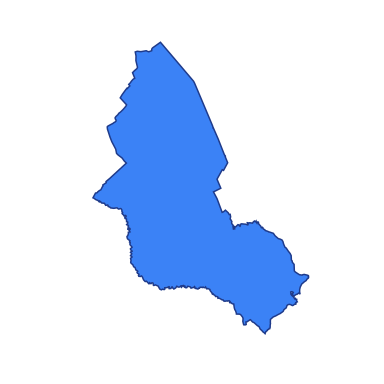 the district of Magura, Bacau, Romania, rotated 259°
{"feature_id": "2599482B10782205766979", "entity_name": "Magura", "entity_type": "district", "adm_level": 2, "iso_a3": "ROU", "parent_name": "Romania", "parent_adm1": "Bacau", "projection": "robinson", "projection_center": [26.814, 46.555], "detail": "fine", "context": "isolated", "style": "filled", "palette": "blue", "viewbox_px": 384, "rotation_deg": 259, "n_neighbors": 0, "source": "geoboundaries", "source_scale": "gbopen_adm2", "svg_char_len": 5991}
<svg xmlns="http://www.w3.org/2000/svg" viewBox="0 0 384 384"><g transform="rotate(259 192 192)"><path d="M85.3,289.8L86.3,290.3L86.6,289.9L87.7,290.3L88.2,289.7L89.7,286.4L89.7,285.0L89.4,284.3L90.3,281.7L93.7,278.2L95.0,277.4L101.5,278.4L103.9,277.1L105.1,277.2L106.3,276.6L110.7,277.2L112.9,276.6L115.6,275.2L119.0,273.8L120.1,272.7L123.4,272.0L126.1,271.8L127.7,271.2L128.9,269.6L129.8,267.8L133.3,265.1L135.9,264.0L137.9,260.5L138.3,259.5L138.8,259.1L140.2,256.6L141.2,256.2L141.7,255.4L142.5,254.8L143.3,254.8L143.9,254.4L143.6,253.6L143.8,253.3L145.3,253.0L147.9,251.4L149.7,251.4L150.0,251.1L150.1,250.3L149.1,249.8L150.6,249.2L151.3,249.3L150.8,248.5L150.9,248.2L151.6,247.7L150.8,246.3L149.9,245.5L150.8,242.7L150.7,241.8L151.2,240.9L151.3,240.5L149.7,240.8L149.2,240.8L149.1,240.4L149.2,239.9L149.7,239.5L150.1,238.7L151.3,234.6L151.1,233.4L149.6,233.0L149.2,232.6L149.7,232.1L150.7,231.8L151.2,230.9L149.4,228.1L149.4,227.6L150.2,226.8L150.0,226.7L147.7,226.9L147.7,225.6L150.8,225.7L151.5,226.0L153.4,225.0L154.3,225.0L155.3,225.5L155.8,225.4L156.4,225.0L157.2,224.9L158.2,224.3L160.4,225.2L162.8,225.2L162.8,224.2L164.7,223.6L167.8,221.3L166.6,219.2L166.3,217.7L180.7,215.3L188.0,213.1L190.2,221.0L199.8,219.0L208.0,225.9L207.9,226.1L208.0,226.2L207.2,227.1L213.9,232.6L220.4,231.3L220.7,231.6L221.1,231.6L221.6,231.2L222.9,230.8L239.1,227.8L251.2,225.1L251.1,224.9L253.1,224.8L267.0,221.9L298.3,215.3L300.4,214.7L345.0,189.6L341.2,181.2L340.6,180.3L339.8,179.7L338.4,179.4L337.9,176.4L338.5,175.2L339.4,174.0L339.5,168.6L340.6,165.1L340.3,163.0L336.2,163.0L331.6,162.0L324.8,162.3L323.6,161.4L322.1,158.7L320.5,156.4L314.6,157.5L313.9,155.7L312.3,153.6L310.9,152.2L309.7,150.4L308.0,151.2L305.9,148.2L306.3,148.0L305.0,146.4L300.9,142.0L298.1,139.5L290.0,144.4L288.7,143.3L286.2,140.2L284.1,137.0L283.2,135.1L282.1,134.1L280.6,131.7L279.6,130.7L278.5,130.6L277.1,131.2L276.2,131.0L275.3,129.7L275.1,128.8L274.4,127.4L273.2,123.4L272.6,121.7L272.1,121.2L269.9,121.0L261.5,122.0L256.6,122.9L248.6,125.3L244.3,125.3L242.6,126.4L238.8,129.8L235.2,131.5L232.9,133.1L220.9,113.6L218.7,109.6L217.5,109.6L215.9,105.8L215.0,105.8L214.4,105.2L211.5,102.9L211.0,101.0L210.5,100.5L210.3,99.7L209.5,98.9L209.3,98.1L209.4,97.1L205.2,93.7L204.9,94.2L202.8,96.2L201.6,98.1L200.4,98.8L200.9,99.5L200.7,99.7L199.8,99.7L199.8,100.5L198.5,101.1L197.6,103.9L195.4,104.7L195.3,106.8L194.8,107.0L193.8,106.9L192.8,108.5L191.9,109.1L190.9,112.1L190.8,115.3L189.5,116.4L189.2,116.9L189.4,118.8L189.1,119.2L187.8,119.7L186.0,119.5L185.2,120.0L184.8,119.9L184.4,119.3L183.7,119.5L182.4,120.5L181.6,120.6L181.3,121.0L181.7,122.1L181.6,122.4L181.1,122.7L180.4,122.6L179.9,122.1L179.8,121.3L179.5,121.1L178.7,121.3L178.1,122.5L175.3,122.1L175.0,123.0L174.7,123.2L173.3,122.8L172.5,121.6L172.2,121.8L171.7,122.8L171.1,123.2L170.7,123.2L170.5,122.8L168.5,122.4L168.0,121.9L167.6,121.9L167.1,122.8L168.5,123.3L168.5,123.7L168.0,124.1L167.4,124.2L167.0,123.9L166.4,122.9L164.7,123.5L164.6,121.8L163.4,121.7L161.4,120.6L160.8,119.7L159.4,119.6L158.3,119.8L155.9,121.8L154.8,121.1L154.1,121.7L153.7,121.7L153.1,121.2L152.5,121.1L151.6,121.3L149.9,122.4L149.2,122.6L148.0,120.7L146.9,120.8L145.9,121.7L145.3,121.9L145.1,120.9L144.5,120.1L142.9,121.1L142.2,120.6L141.4,119.5L141.1,119.5L140.2,120.6L139.6,120.7L138.6,119.0L136.6,119.1L134.6,118.4L133.5,118.7L132.0,120.0L129.7,120.5L128.8,121.7L126.2,122.0L125.2,123.3L124.6,123.6L124.3,123.6L123.9,122.8L123.5,122.7L122.6,123.0L121.6,124.2L121.2,124.2L120.3,123.5L119.4,123.7L118.9,125.3L119.3,126.2L119.2,126.5L117.9,127.1L115.0,127.7L113.1,128.9L113.0,129.3L113.1,130.3L110.1,132.2L110.2,132.7L111.0,133.1L109.8,134.2L110.5,135.3L110.2,136.2L109.8,136.4L107.9,136.3L107.5,136.7L107.8,138.3L106.1,140.8L102.9,141.8L101.8,143.2L102.2,144.6L101.5,146.0L102.0,146.9L103.2,147.0L102.9,149.4L103.5,151.3L103.3,151.6L103.0,151.6L102.1,151.0L101.5,151.1L101.3,152.8L102.7,154.3L102.6,154.5L101.5,154.7L100.7,155.5L100.2,155.7L100.9,157.6L102.4,159.2L101.5,160.0L101.1,161.1L101.2,162.0L102.0,163.1L101.9,163.9L101.5,163.9L100.8,163.4L100.5,163.5L101.9,165.2L101.9,165.9L101.2,166.2L100.9,165.8L100.7,165.9L100.6,166.4L101.1,166.9L101.0,167.1L100.6,167.2L99.8,166.8L99.1,167.8L99.1,168.7L100.1,169.5L100.3,169.9L99.0,172.4L97.8,172.7L98.1,175.1L97.9,175.6L98.7,176.4L98.4,176.6L97.6,176.5L96.8,176.7L96.6,177.1L96.8,177.6L95.8,178.6L95.7,179.7L96.3,180.2L96.1,181.0L96.9,181.7L96.8,182.9L96.2,183.9L96.6,184.7L95.7,185.7L95.7,186.6L96.2,187.2L94.5,187.7L94.0,188.1L94.0,188.4L94.3,188.9L94.2,189.2L92.9,191.0L91.9,190.9L89.0,192.4L88.8,192.3L87.9,192.5L87.7,192.8L88.0,193.0L88.0,193.3L87.1,193.7L86.1,194.8L84.9,195.2L84.8,196.1L84.4,197.0L83.8,197.4L83.1,197.1L82.7,197.2L82.7,197.9L82.1,199.1L80.4,200.9L80.3,201.8L79.0,202.3L78.8,203.1L78.5,203.3L78.4,205.9L78.0,206.4L78.2,207.0L78.2,207.7L77.2,208.5L76.6,207.9L76.2,207.9L75.6,209.5L75.0,209.8L74.4,210.6L74.1,211.6L70.2,211.4L68.2,211.6L67.5,212.0L64.9,212.4L63.7,212.3L63.1,215.2L62.4,216.3L59.7,217.7L58.1,218.0L55.2,217.2L51.8,217.4L51.4,218.8L51.6,219.9L54.1,220.1L54.1,221.3L55.5,224.6L55.5,225.0L52.9,226.6L51.8,228.1L48.3,230.7L47.1,232.1L44.1,232.9L43.2,233.8L40.8,235.2L40.2,235.9L39.0,236.7L40.8,237.8L41.7,239.6L42.3,239.8L42.7,241.3L43.3,241.7L43.1,242.3L44.3,242.9L46.2,243.3L48.2,244.0L48.9,244.0L52.0,244.7L53.9,248.0L54.4,250.5L55.4,253.5L55.8,255.2L57.1,258.1L57.6,258.9L59.0,259.8L60.3,262.4L62.5,263.6L63.1,264.8L63.1,266.3L62.5,267.5L61.4,268.8L61.4,269.6L62.3,271.4L62.1,272.5L62.8,272.8L63.6,272.7L64.1,274.4L65.5,273.9L66.6,274.3L66.9,273.4L67.5,273.3L67.4,273.0L67.9,273.1L67.9,272.3L69.2,271.8L69.6,272.1L70.0,271.8L69.9,271.4L71.5,270.2L72.8,269.6L75.0,269.8L75.2,270.3L75.0,270.7L75.1,271.1L74.1,272.3L73.5,271.9L73.0,270.7L71.9,271.1L70.8,272.2L70.7,272.7L71.6,274.8L71.5,275.5L72.4,277.4L71.5,278.4L71.6,278.6L73.4,278.6L75.8,279.1L78.0,280.1L80.0,281.6L81.0,282.5L81.8,284.2L82.4,285.0L83.3,287.2L84.4,288.1L85.3,289.8Z" fill="#3b82f6" stroke="#1e3a8a" stroke-width="1.5"/></g></svg>